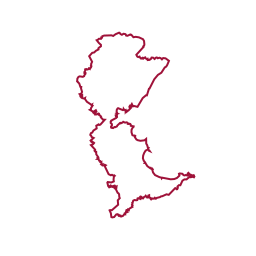 outline of Cirebon, Jawa Barat, Indonesia, rotated 42°
{"feature_id": "22746128B77544549346240", "entity_name": "Cirebon", "entity_type": "district", "adm_level": 2, "iso_a3": "IDN", "parent_name": "Indonesia", "parent_adm1": "Jawa Barat", "projection": "orthographic", "projection_center": [108.584, -6.761], "detail": "fine", "context": "isolated", "style": "outline", "palette": "rose", "viewbox_px": 256, "rotation_deg": 42, "n_neighbors": 0, "source": "geoboundaries", "source_scale": "gbopen_adm2", "svg_char_len": 5936}
<svg xmlns="http://www.w3.org/2000/svg" viewBox="0 0 256 256"><g transform="rotate(42 128 128)"><path d="M205.9,127.0L206.3,123.4L206.6,123.4L206.9,122.5L207.6,122.6L208.0,122.0L207.8,121.7L208.3,121.2L210.0,120.5L209.8,119.7L209.1,119.6L208.7,119.1L208.0,119.4L207.6,120.4L205.9,120.7L205.7,121.3L202.9,120.9L202.8,121.8L203.6,122.8L204.2,123.0L204.0,123.6L202.4,124.2L201.9,125.3L200.8,125.9L199.1,125.6L196.8,127.2L196.5,127.9L198.1,129.0L197.8,132.4L196.5,135.0L194.0,137.6L186.7,142.0L186.7,142.7L186.3,142.4L184.2,143.5L179.6,144.9L176.4,144.3L174.0,142.8L174.1,142.2L173.3,142.0L173.2,142.6L171.7,142.4L171.7,143.0L167.9,143.4L164.3,142.4L163.8,142.8L163.7,142.1L161.6,141.8L159.3,140.5L157.7,138.3L156.7,135.7L156.2,133.0L157.3,130.4L156.6,129.8L156.6,129.0L155.7,129.2L153.7,127.9L152.0,127.4L148.8,124.0L148.5,126.1L145.8,129.2L143.3,130.6L141.9,130.9L139.2,130.2L138.7,129.0L138.0,129.1L137.5,129.8L136.1,130.4L133.4,128.8L131.8,126.9L131.2,124.5L131.4,123.5L131.1,123.0L128.6,124.5L127.7,123.6L126.9,123.5L125.8,124.1L125.9,124.5L125.2,125.0L125.1,124.8L124.9,124.5L123.3,124.6L122.2,126.0L120.3,126.6L120.3,127.6L119.6,129.2L119.2,129.0L118.7,129.5L118.4,133.4L118.7,134.2L118.0,135.9L117.3,136.3L117.0,138.0L115.4,139.0L114.9,138.8L114.4,138.2L114.6,137.7L114.2,136.6L113.2,135.8L111.9,135.9L110.9,134.9L110.9,133.9L110.6,133.7L112.5,128.4L112.4,127.7L111.9,127.3L112.3,127.0L112.0,126.7L111.2,127.2L110.9,126.6L110.4,126.6L110.8,125.4L109.7,125.0L110.2,124.4L109.8,124.5L110.0,124.1L108.4,123.3L107.4,121.8L107.2,120.3L107.4,119.9L112.3,118.1L112.6,117.5L112.1,116.8L112.9,117.0L114.1,116.7L114.2,116.4L115.4,117.6L115.3,116.8L116.1,117.1L116.3,115.9L115.9,115.4L116.6,114.7L116.7,111.0L115.2,110.7L115.3,111.6L114.8,111.3L114.5,110.0L115.2,109.6L114.8,107.6L116.0,108.1L116.4,109.0L117.2,108.7L117.6,107.7L120.9,105.9L118.9,95.9L119.5,91.6L120.2,91.1L117.3,84.8L117.6,84.3L114.9,74.2L114.7,68.5L115.8,64.6L114.8,58.4L115.3,56.8L115.0,55.0L113.5,50.7L109.3,51.1L107.3,52.5L107.3,54.3L105.6,54.2L104.4,54.7L103.4,56.3L102.2,56.3L101.6,57.3L101.6,58.9L99.5,59.0L98.4,59.9L98.8,61.5L98.4,62.2L98.5,62.9L97.2,64.3L96.2,63.4L95.6,64.3L94.3,64.4L93.6,64.0L93.0,65.0L93.0,66.0L92.0,66.0L92.0,67.0L91.4,67.0L91.1,67.7L89.7,67.6L88.8,67.2L88.1,68.5L87.0,68.7L85.2,68.0L85.3,57.3L84.7,57.1L84.7,55.7L84.2,54.9L81.7,52.6L79.7,52.0L75.5,53.3L72.7,55.1L71.3,56.9L68.1,56.5L67.7,57.0L67.1,57.0L65.9,59.8L64.9,60.4L65.3,60.6L65.5,60.6L64.6,60.5L63.8,60.0L63.0,60.1L61.6,61.0L61.1,62.8L59.6,63.2L58.1,62.9L57.6,63.1L56.0,66.6L55.4,69.5L53.7,70.2L48.4,75.3L47.5,77.0L48.2,78.1L47.7,78.6L48.1,78.8L48.3,79.7L46.6,81.3L46.6,82.5L46.0,83.7L49.5,84.3L52.2,84.3L53.2,85.4L52.6,88.2L52.9,89.0L53.5,89.4L52.5,92.0L52.3,94.5L51.1,96.1L51.1,100.6L57.0,102.8L57.8,105.2L58.7,105.9L58.8,106.6L59.6,106.8L60.0,108.0L59.7,108.5L60.2,109.7L59.0,109.9L59.2,110.8L58.6,111.8L57.5,112.1L56.9,113.1L57.2,113.4L57.7,113.4L58.1,115.0L58.7,115.6L58.4,115.9L58.8,116.3L59.6,115.6L60.1,116.1L60.3,118.2L60.7,118.8L60.2,120.2L57.6,121.9L57.0,123.1L57.3,125.1L59.0,127.4L59.7,127.2L60.1,127.5L61.9,127.5L65.1,129.3L65.8,128.8L66.6,130.0L69.7,131.9L70.3,133.6L69.4,135.2L70.3,135.3L70.9,134.8L70.8,135.8L71.5,136.4L72.4,136.5L72.4,136.1L72.7,136.1L72.5,135.4L73.0,135.8L73.0,135.3L73.4,135.7L73.1,136.2L74.7,136.1L75.7,135.5L76.0,134.5L76.4,135.2L79.9,136.0L85.5,135.2L85.6,134.8L85.9,135.4L86.7,135.1L87.2,138.0L87.9,138.9L87.5,140.0L90.4,139.4L91.7,139.7L91.4,139.0L92.2,136.3L93.5,136.9L93.4,139.2L94.5,140.0L95.8,138.7L95.7,138.0L96.4,137.6L96.4,137.0L96.9,136.8L97.7,137.2L98.0,137.7L99.6,137.4L100.6,137.7L100.7,138.2L101.5,138.3L103.8,138.5L105.2,137.4L105.2,144.0L104.5,145.1L103.7,145.0L102.9,147.5L105.0,149.3L104.0,153.0L104.5,155.4L103.9,156.6L104.4,158.1L104.9,158.5L105.8,158.4L107.0,159.0L109.1,158.4L108.6,162.4L109.8,162.7L109.7,162.0L110.1,162.4L110.7,162.2L111.8,162.4L112.0,161.8L112.8,161.8L112.9,163.4L111.9,165.5L118.1,166.1L118.4,166.3L118.4,167.3L120.0,167.5L120.4,167.1L122.0,168.8L125.4,169.6L125.3,170.4L126.1,170.4L126.0,171.4L126.7,170.8L128.5,171.6L129.3,171.2L130.0,171.7L130.5,171.2L130.6,171.8L131.4,171.5L132.4,172.3L132.4,173.0L133.1,172.9L133.4,172.3L133.6,172.8L134.1,172.9L135.3,171.7L135.3,170.9L136.4,170.6L136.2,171.9L144.5,175.3L146.9,174.6L147.4,173.5L149.0,173.2L149.4,172.4L150.1,172.4L149.9,173.2L150.3,173.9L151.6,175.8L153.2,177.2L152.0,179.7L149.1,181.7L149.2,182.4L152.1,184.4L153.3,184.6L153.1,183.8L153.4,182.8L154.3,183.6L154.8,182.9L154.4,182.8L154.3,182.3L155.0,182.3L155.3,181.8L156.0,182.1L156.4,181.9L157.0,181.1L156.1,180.9L156.1,180.6L157.1,180.1L157.0,179.7L158.3,179.8L158.6,179.1L159.4,180.3L158.2,180.8L158.7,181.1L158.7,181.7L159.7,181.5L163.7,183.1L164.6,182.9L165.7,183.2L167.7,185.1L168.8,185.6L168.8,188.6L172.0,191.6L171.0,199.9L169.6,201.0L169.4,201.5L172.3,202.8L175.2,205.3L176.1,205.0L177.3,203.4L177.1,200.2L177.7,199.2L178.7,198.8L179.1,199.2L179.9,198.6L180.2,199.2L180.6,198.8L181.1,198.8L181.4,198.2L181.9,198.5L182.3,198.2L183.1,196.5L182.9,194.9L183.7,194.1L182.7,193.5L183.6,191.2L182.6,191.8L181.8,190.0L182.1,189.8L182.6,190.2L182.4,188.6L183.2,188.7L183.5,188.3L183.0,187.9L183.1,186.6L184.0,184.0L182.7,184.0L183.5,183.6L183.4,182.7L183.2,182.4L182.3,182.4L181.9,181.1L181.2,180.8L181.2,179.9L180.5,178.5L181.0,177.2L182.5,176.2L183.1,175.4L183.0,174.9L182.2,174.0L182.5,173.3L184.9,172.4L184.6,171.3L183.1,171.1L183.1,170.6L184.1,170.1L185.6,170.6L186.3,170.3L186.1,168.5L186.6,167.4L186.5,166.5L188.7,166.9L189.2,166.4L188.3,164.6L188.7,163.8L190.2,165.4L190.6,165.4L191.6,164.8L192.5,165.6L193.0,165.6L193.4,163.9L194.6,163.2L194.6,161.9L196.0,161.9L196.2,160.6L198.0,158.0L198.3,156.7L199.1,155.8L201.0,151.5L203.0,150.4L203.3,141.1L203.7,140.8L205.1,141.0L205.5,140.5L205.1,139.7L205.1,139.1L203.9,138.3L204.1,136.4L205.2,135.5L203.7,130.7L204.3,128.5L205.9,127.0ZM158.1,131.1L159.6,130.6L158.8,130.4L158.1,131.1Z" fill="none" stroke="#9f1239" stroke-width="2"/></g></svg>